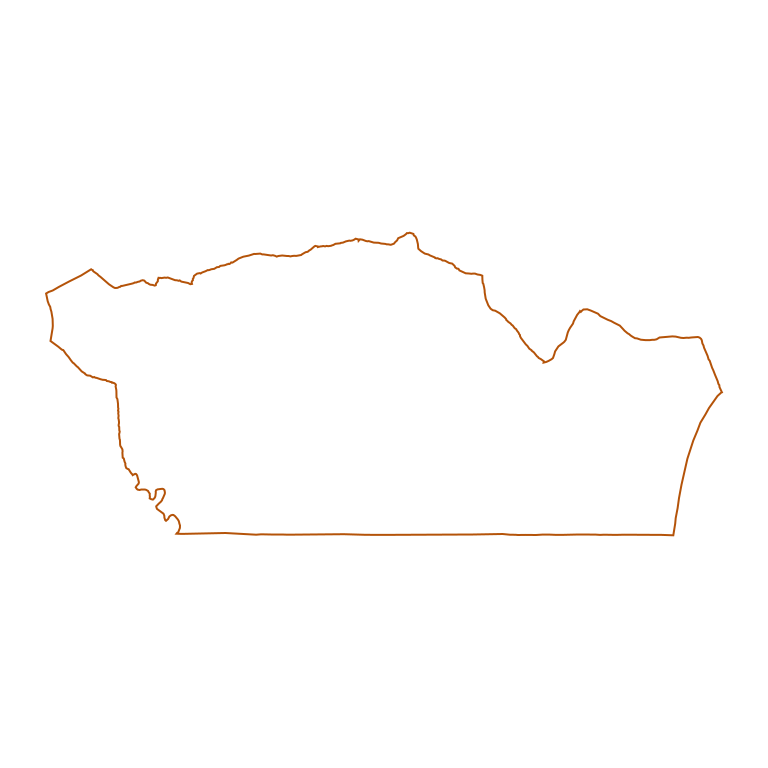 Nioro Du Rip, Kaolack, Senegal
{"feature_id": "50182788B29473400533502", "entity_name": "Nioro Du Rip", "entity_type": "district", "adm_level": 2, "iso_a3": "SEN", "parent_name": "Senegal", "parent_adm1": "Kaolack", "projection": "natural_earth1", "projection_center": [-15.905, 13.752], "detail": "fine", "context": "isolated", "style": "outline", "palette": "amber", "viewbox_px": 768, "rotation_deg": 0, "n_neighbors": 0, "source": "geoboundaries", "source_scale": "gbopen_adm2", "svg_char_len": 6084}
<svg xmlns="http://www.w3.org/2000/svg" viewBox="0 0 768 768"><path d="M482.3,275.7L480.3,274.9L477.5,274.5L475.0,273.6L472.9,273.6L471.5,273.8L469.0,273.5L465.7,273.3L459.4,270.4L458.6,269.0L457.9,268.6L457.1,268.7L455.2,267.4L454.6,265.9L452.2,263.6L449.2,263.0L445.4,260.9L444.5,260.6L442.5,260.5L441.1,259.4L439.0,258.9L437.6,258.2L436.9,258.4L435.3,258.1L435.2,257.7L434.5,257.3L429.7,255.3L428.5,254.5L424.8,253.6L421.1,251.2L418.4,248.8L418.2,247.9L417.9,244.1L416.8,239.5L416.1,237.8L415.4,236.5L413.8,235.4L413.4,233.9L409.7,232.7L408.2,233.2L406.9,233.1L405.9,234.2L403.6,235.9L398.2,238.2L397.1,240.4L395.3,242.0L393.9,243.7L390.8,244.8L388.0,244.3L386.6,244.3L385.3,243.9L381.0,243.5L378.7,242.8L373.8,242.6L368.7,241.1L367.5,241.3L365.9,241.0L362.5,239.7L360.0,239.3L358.6,240.8L358.4,239.4L355.6,238.7L354.3,239.6L352.6,240.4L350.4,240.8L349.3,240.6L345.8,241.4L343.0,242.6L340.8,242.9L340.3,243.3L335.4,243.8L333.3,245.0L332.2,245.3L331.0,245.8L328.1,246.2L326.6,245.9L325.1,246.4L323.1,246.0L322.1,246.3L320.6,246.4L318.0,247.0L318.0,246.5L315.3,245.9L314.4,246.4L310.6,249.7L309.3,250.4L307.7,251.8L305.6,252.2L302.0,254.3L301.2,255.0L296.3,255.9L294.1,255.8L292.2,256.0L290.5,256.4L288.6,256.0L287.0,256.0L282.2,255.5L278.3,256.0L276.7,256.6L275.3,255.9L272.9,255.2L271.1,255.5L263.7,254.4L262.2,254.4L260.3,253.6L255.1,254.0L254.1,253.9L248.8,255.6L243.3,256.7L238.5,258.6L236.8,259.9L232.5,262.6L231.2,262.4L230.4,263.4L229.4,264.0L228.3,263.8L227.9,264.2L226.6,264.4L225.8,264.9L224.4,265.3L220.3,265.9L219.0,267.0L216.9,267.2L214.3,268.8L211.1,269.3L210.0,269.8L208.6,270.2L207.7,270.1L205.6,271.2L202.1,272.5L200.6,273.5L199.9,273.1L197.1,273.6L194.0,275.9L193.5,278.0L192.8,279.0L192.9,280.2L192.1,281.1L191.6,282.3L192.0,283.9L190.3,284.2L188.1,283.0L181.3,281.6L179.7,280.4L178.8,280.8L176.9,280.3L175.1,280.2L167.8,277.5L166.2,277.8L164.6,277.6L161.4,278.1L159.9,277.8L159.1,278.2L158.5,277.9L157.9,279.5L157.8,281.3L156.0,283.6L155.8,285.2L154.7,285.6L152.6,284.9L150.3,284.7L148.9,284.0L147.9,283.2L146.2,282.7L144.3,280.6L142.7,280.2L140.8,280.7L139.6,281.5L138.0,281.8L136.1,282.5L134.6,282.5L133.8,283.1L132.1,283.6L121.9,286.0L121.2,285.9L120.2,286.8L119.4,286.9L117.6,287.8L115.9,288.0L114.7,287.9L113.3,287.2L109.0,284.3L100.5,276.9L98.4,275.3L97.5,274.2L93.7,271.6L92.9,270.8L92.8,270.2L91.4,269.6L91.1,269.3L81.1,275.5L69.1,281.5L58.9,286.9L52.7,290.5L48.6,292.0L46.1,293.5L47.7,301.2L48.9,304.5L50.2,306.8L50.6,309.1L51.4,311.7L52.6,318.9L52.8,325.9L52.6,328.3L50.5,341.0L58.3,346.7L60.9,348.9L62.3,349.9L63.3,350.1L66.1,354.2L68.6,357.0L70.9,360.3L72.8,362.7L73.7,363.2L76.9,366.5L77.7,367.0L81.7,371.4L85.1,373.6L85.2,374.1L86.2,374.8L87.2,375.4L90.2,375.7L92.9,377.4L94.2,377.0L95.3,377.7L96.7,377.9L100.4,379.2L103.1,379.9L103.6,379.8L106.0,380.1L106.8,381.0L108.9,381.3L110.5,382.0L111.7,382.1L112.1,382.8L112.8,382.7L114.1,383.1L114.9,383.6L115.8,384.5L115.9,385.2L115.6,386.4L116.3,389.9L116.4,391.3L116.5,397.5L117.4,399.1L118.0,403.7L118.1,407.6L118.4,408.7L118.0,410.8L118.4,411.2L118.5,412.1L118.2,413.1L118.6,415.8L118.3,418.1L118.7,419.5L119.0,421.9L119.0,423.1L118.6,425.1L118.8,426.3L119.2,426.9L119.3,430.4L119.7,431.4L119.5,432.8L119.1,434.0L119.5,438.8L119.9,439.7L120.0,441.2L120.1,444.7L120.4,446.1L121.1,447.1L122.4,449.4L122.6,451.3L122.4,452.7L122.7,457.7L123.8,458.5L124.6,461.8L125.4,463.5L125.3,464.8L125.7,466.6L126.3,468.1L127.6,468.9L128.6,469.2L130.8,472.7L131.8,473.9L132.5,474.4L132.7,475.1L135.2,473.8L136.2,474.1L137.1,475.4L138.9,482.2L138.6,483.6L136.5,486.0L135.7,487.3L136.7,488.8L137.6,489.6L139.6,490.0L141.3,489.5L144.7,489.5L146.0,489.8L148.0,490.9L148.7,492.2L149.8,493.7L149.7,495.1L149.9,496.9L149.7,498.4L151.2,499.2L152.9,499.6L154.4,498.2L155.1,497.0L155.4,496.0L155.8,492.7L155.7,491.5L156.1,490.2L157.5,489.4L161.2,488.9L162.4,488.8L163.5,489.1L164.5,490.2L164.9,492.4L164.8,493.8L163.0,498.0L162.3,499.2L162.1,500.1L161.1,501.5L158.7,503.7L156.2,506.3L156.5,507.7L157.1,509.0L163.5,513.7L164.3,515.7L164.4,517.6L165.2,520.1L166.0,520.8L168.1,519.0L169.3,516.6L170.8,515.4L172.3,514.9L173.5,515.0L175.1,516.2L177.7,519.3L178.6,520.7L179.1,522.2L179.3,523.3L180.0,525.5L179.9,528.0L178.1,532.5L177.2,532.8L176.5,533.7L181.9,533.9L225.4,533.0L256.2,534.7L261.2,534.3L270.8,534.5L281.9,534.5L287.6,534.7L343.9,534.2L365.0,534.8L380.3,534.9L473.0,534.5L502.6,534.0L509.8,534.7L515.7,534.8L517.9,535.0L525.5,534.9L536.0,535.0L542.5,534.6L549.3,534.6L556.4,534.9L561.3,534.9L578.6,534.5L595.5,534.6L600.2,534.9L603.8,534.7L615.6,534.9L624.2,534.7L661.9,534.9L673.3,535.3L675.2,523.6L675.7,518.1L677.6,508.2L679.0,498.1L681.5,484.7L687.4,458.7L693.3,440.5L697.4,430.7L700.4,422.7L705.4,414.5L709.0,408.0L717.5,396.0L721.3,392.5L721.9,392.3L719.5,387.1L719.3,385.1L718.4,383.9L717.7,381.2L715.1,375.0L713.2,370.1L712.1,367.8L709.7,360.7L708.6,359.4L707.6,355.9L704.0,347.6L703.5,345.5L702.4,343.5L701.8,340.3L701.1,338.9L699.6,337.6L697.9,337.0L691.1,337.5L688.8,337.8L686.6,337.7L683.4,338.0L680.9,337.8L675.7,336.6L672.3,336.4L659.5,337.5L656.6,339.3L654.3,339.8L652.2,339.8L650.0,340.1L645.2,340.1L640.8,339.7L637.0,338.4L635.0,338.2L632.3,336.6L630.5,335.4L629.2,334.2L627.6,333.3L624.5,330.7L623.0,329.0L619.8,325.6L614.0,322.7L611.2,321.1L607.8,319.8L600.3,316.1L598.0,313.7L590.9,310.6L587.3,309.3L583.4,309.5L581.5,311.1L580.8,311.9L580.0,311.1L579.4,312.1L577.2,314.8L573.7,321.3L573.0,323.6L570.1,327.8L568.8,330.1L567.8,332.4L565.8,339.8L564.3,341.8L563.4,342.6L558.4,346.4L555.1,351.4L554.4,354.0L553.0,358.0L551.6,359.2L548.6,360.9L546.4,361.9L543.6,362.6L543.9,361.3L540.7,359.0L538.7,358.0L537.9,356.9L537.0,356.3L533.9,352.4L531.7,350.7L531.5,350.2L529.3,348.7L527.4,345.9L525.8,344.4L520.9,337.9L520.0,336.1L520.0,335.1L519.1,334.0L518.6,332.7L516.8,330.4L516.2,329.2L514.7,328.2L512.7,325.5L511.6,324.8L510.6,323.5L508.2,321.8L507.2,320.7L506.3,320.0L506.1,319.1L504.7,317.5L499.8,313.3L495.2,310.7L492.7,310.2L490.6,308.7L488.3,305.3L485.7,298.7L484.7,292.5L484.6,290.2L484.1,287.3L483.3,283.8L482.7,283.0L482.4,279.4L482.3,275.7Z" fill="none" stroke="#b45309" stroke-width="2"/></svg>